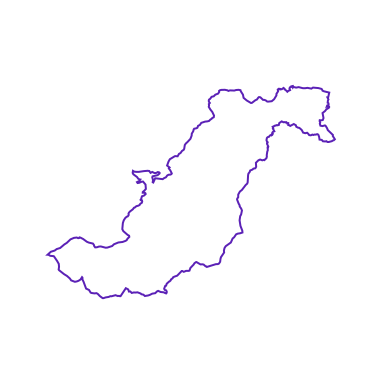 outline of Zavoi, Caras-Severin, Romania, rotated 79°
{"feature_id": "2599482B12025753001267", "entity_name": "Zavoi", "entity_type": "district", "adm_level": 2, "iso_a3": "ROU", "parent_name": "Romania", "parent_adm1": "Caras-Severin", "projection": "orthographic", "projection_center": [22.559, 45.382], "detail": "fine", "context": "isolated", "style": "outline", "palette": "violet", "viewbox_px": 384, "rotation_deg": 79, "n_neighbors": 0, "source": "geoboundaries", "source_scale": "gbopen_adm2", "svg_char_len": 6030}
<svg xmlns="http://www.w3.org/2000/svg" viewBox="0 0 384 384"><g transform="rotate(79 192 192)"><path d="M279.0,296.9L279.1,293.8L278.7,292.1L279.0,290.9L278.7,286.8L280.0,284.6L280.0,283.5L280.6,282.5L280.6,282.0L273.8,275.3L275.5,273.2L277.7,272.9L277.9,271.5L279.6,270.4L279.5,268.2L279.9,266.8L280.1,264.6L281.9,261.7L282.7,261.2L283.5,259.3L285.1,258.1L285.2,254.9L285.0,253.2L284.2,250.4L284.3,247.4L282.9,245.3L282.6,244.1L284.2,241.8L285.1,238.8L285.8,238.1L286.2,237.1L286.6,236.8L286.2,236.2L285.3,235.8L283.7,236.1L282.9,237.4L281.7,237.8L279.3,236.4L279.0,236.1L279.0,235.3L277.2,234.3L275.5,231.5L275.4,230.9L274.7,229.8L273.9,229.4L273.0,227.5L272.1,226.8L271.7,225.3L271.3,222.5L267.6,217.2L267.7,216.6L268.8,215.3L268.3,212.9L268.8,210.3L268.7,209.5L266.2,208.0L263.6,204.3L262.4,203.2L261.6,201.5L261.6,201.0L264.7,197.5L265.0,195.4L265.5,194.4L267.6,192.8L267.8,192.1L268.4,191.7L267.4,182.4L267.7,180.3L267.4,179.2L265.9,177.7L263.1,176.8L261.5,176.0L257.5,172.0L255.8,171.9L254.1,171.2L253.0,170.6L251.6,169.2L249.0,163.5L245.4,161.0L244.5,159.3L242.0,156.8L241.6,155.0L241.7,152.6L241.4,150.2L239.6,150.0L234.5,150.9L228.9,150.7L224.9,149.3L223.5,148.1L219.7,146.5L217.6,146.9L215.4,147.9L214.1,147.8L212.4,148.4L208.0,149.2L207.0,148.8L206.1,147.7L203.3,147.1L200.7,144.9L199.5,142.6L195.4,138.0L194.3,136.2L193.1,135.5L186.1,133.7L184.7,133.1L183.3,131.5L182.0,130.8L181.5,128.3L180.8,127.3L180.8,125.3L179.5,124.2L175.5,123.7L173.5,120.7L173.5,120.2L173.2,119.6L173.2,118.8L174.3,117.0L174.2,115.1L174.5,114.8L173.0,112.5L171.6,111.8L170.1,111.6L166.7,110.4L165.4,109.6L162.7,109.3L162.5,109.2L162.7,108.8L161.9,108.4L159.0,109.2L158.1,108.9L158.1,108.5L157.6,108.2L156.7,108.8L155.3,109.0L153.3,108.2L152.6,107.3L152.5,105.9L151.5,104.9L150.9,103.1L151.5,103.0L151.3,102.4L150.3,101.6L149.7,102.1L149.0,101.8L148.5,101.2L148.1,99.6L145.2,100.5L144.8,100.0L143.4,100.4L142.6,97.6L142.8,97.2L142.5,95.9L142.9,95.1L142.6,94.3L142.7,94.0L141.0,93.2L139.8,90.5L141.0,88.9L141.1,87.5L141.6,86.9L141.4,86.2L142.1,85.6L142.8,85.5L142.8,84.4L144.7,84.7L145.1,83.6L145.9,83.0L144.7,79.1L145.0,78.8L146.3,77.3L147.8,77.2L149.1,75.6L149.5,74.5L150.5,73.6L152.2,72.4L154.9,71.6L155.9,69.6L155.8,67.7L157.0,66.8L158.5,66.1L159.0,64.7L158.9,63.7L158.6,63.0L159.2,61.9L159.0,60.9L159.3,59.5L159.1,58.1L159.4,57.5L160.2,57.0L162.1,56.7L164.9,56.8L165.6,54.7L167.2,53.8L167.8,51.6L167.8,50.3L168.7,49.6L169.0,48.4L168.8,45.0L168.3,43.9L168.3,43.0L167.5,41.7L163.9,43.1L162.9,42.8L157.1,46.9L155.3,47.2L152.8,48.1L152.0,48.8L152.2,51.3L151.4,53.3L149.3,53.5L148.3,52.9L146.7,53.2L145.9,52.9L146.3,51.6L146.3,49.9L144.5,48.8L139.4,48.8L137.8,45.8L136.5,44.4L135.5,41.7L135.0,41.2L134.3,41.1L133.6,41.6L133.9,43.4L132.9,42.8L132.7,41.7L131.9,41.1L130.7,41.2L130.2,41.8L128.1,41.1L127.2,40.4L125.0,41.0L125.1,40.3L120.6,38.3L118.4,43.1L117.5,44.5L115.9,44.9L115.4,45.4L114.1,48.1L112.6,53.3L113.3,55.1L111.8,58.8L111.7,61.2L111.2,63.5L109.4,67.3L109.4,69.9L108.5,71.8L108.6,72.5L108.0,72.6L108.3,72.9L107.3,72.9L107.4,73.7L107.2,73.7L107.3,74.6L107.9,74.8L108.0,76.0L109.2,76.6L110.7,76.3L111.1,78.1L111.8,79.3L110.7,79.9L108.9,81.5L108.4,81.4L107.3,82.3L108.2,84.1L108.2,85.7L107.9,86.5L107.5,86.2L107.2,87.1L107.8,88.3L109.6,88.3L111.8,90.4L113.3,90.7L116.6,93.7L118.1,96.4L117.8,100.1L117.5,101.0L116.1,102.2L115.3,103.6L115.1,104.7L112.1,106.8L111.6,108.1L112.0,108.9L113.6,110.6L114.0,112.3L115.9,116.1L115.9,117.1L112.6,120.8L109.4,123.4L106.2,123.4L102.4,124.9L101.3,125.0L100.6,126.7L100.3,129.2L100.5,131.1L99.5,135.3L99.7,137.0L98.9,137.9L98.0,140.1L97.4,143.3L97.4,145.0L97.9,146.1L99.1,146.3L100.4,147.6L100.9,150.5L102.2,152.4L102.3,154.6L104.0,156.4L104.5,157.6L105.1,158.0L106.6,158.2L108.0,157.5L108.9,158.7L110.2,158.7L111.6,159.3L114.6,158.2L117.3,156.8L121.2,155.8L122.8,156.4L123.2,157.9L123.9,158.8L124.5,160.3L125.5,161.7L125.6,163.4L125.4,165.7L125.9,169.7L127.7,171.5L128.2,173.4L130.0,174.5L130.3,175.9L130.3,177.8L130.9,178.4L132.6,179.2L134.7,181.1L136.6,181.6L139.5,183.4L142.0,186.8L143.3,188.9L144.5,190.1L148.1,191.4L149.0,192.1L149.8,194.0L151.6,195.9L152.1,197.5L154.2,199.3L153.6,201.5L153.6,202.1L155.6,207.5L157.6,209.2L161.3,211.4L163.6,209.4L164.0,210.1L164.4,210.3L166.6,209.2L169.9,208.3L170.5,208.8L170.8,209.8L170.6,211.8L171.1,213.2L172.6,214.8L173.0,216.6L173.8,218.3L171.5,225.5L175.3,228.2L174.9,228.7L172.9,228.0L169.9,228.2L169.1,227.7L168.9,222.5L167.7,220.4L167.2,220.1L166.3,220.7L165.9,221.9L166.4,223.2L166.4,224.6L166.1,225.4L164.7,227.2L165.3,229.0L163.2,230.0L162.7,231.6L162.3,235.4L162.1,240.2L161.6,242.8L161.0,244.8L160.0,245.9L161.9,246.6L163.4,246.2L166.8,243.1L168.6,242.3L169.6,241.2L169.9,240.4L171.1,241.5L171.8,244.1L172.8,243.7L172.9,242.2L172.3,239.4L172.4,238.1L175.8,236.2L180.2,236.7L181.5,238.4L182.6,240.3L183.3,240.5L183.8,238.4L184.5,237.9L185.2,237.9L186.3,239.7L186.7,242.0L189.1,243.2L189.9,244.0L190.3,243.8L190.7,242.7L191.9,242.7L193.0,243.3L193.7,245.0L194.8,246.0L195.2,247.5L195.3,249.3L196.4,251.3L196.4,252.0L197.7,253.4L199.3,256.6L200.2,257.8L201.2,258.5L202.4,258.5L203.1,259.1L203.7,259.8L203.8,260.8L204.8,262.5L206.8,264.4L209.3,265.8L215.2,267.5L217.3,266.9L221.8,263.4L222.9,262.1L224.1,262.1L225.7,264.4L226.8,265.3L227.3,266.6L227.8,269.7L227.5,273.9L228.4,278.5L229.8,280.7L230.4,285.7L230.2,287.4L228.1,291.8L227.8,293.6L228.1,295.9L227.9,297.6L226.5,298.3L225.2,298.4L223.7,299.1L222.0,302.9L220.8,304.7L217.4,307.8L215.5,310.2L215.1,311.1L215.6,311.5L215.6,312.6L214.7,313.8L214.5,316.6L215.3,320.3L218.1,324.7L219.1,327.3L221.8,332.1L222.2,335.7L223.3,338.0L223.7,341.9L226.0,345.7L226.2,344.9L227.6,343.3L228.6,340.0L229.0,339.7L233.9,337.6L237.1,336.5L240.1,336.8L242.7,337.7L243.4,337.4L248.2,333.3L250.6,330.7L253.6,328.4L255.7,327.5L257.8,324.1L257.8,322.1L257.5,320.3L256.6,318.1L254.6,316.2L255.1,315.9L257.2,316.2L259.3,315.6L266.6,314.4L268.5,311.8L271.4,310.7L271.9,310.0L272.9,307.2L273.1,305.0L274.1,303.9L276.6,302.3L279.1,300.0L279.3,299.1L279.0,296.9Z" fill="none" stroke="#5b21b6" stroke-width="2"/></g></svg>